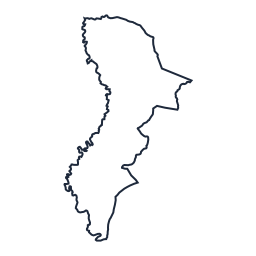 the district of San Marcial Ozolotepec, Oaxaca, Mexico
{"feature_id": "50627088B61246931399510", "entity_name": "San Marcial Ozolotepec", "entity_type": "district", "adm_level": 2, "iso_a3": "MEX", "parent_name": "Mexico", "parent_adm1": "Oaxaca", "projection": "orthographic", "projection_center": [-96.411, 16.032], "detail": "fine", "context": "isolated", "style": "outline", "palette": "slate", "viewbox_px": 256, "rotation_deg": 0, "n_neighbors": 0, "source": "geoboundaries", "source_scale": "gbopen_adm2", "svg_char_len": 5651}
<svg xmlns="http://www.w3.org/2000/svg" viewBox="0 0 256 256"><path d="M84.6,18.4L85.1,20.0L83.8,22.2L83.1,23.0L83.1,23.4L83.6,24.1L85.2,24.3L84.9,25.2L84.3,26.1L82.9,26.5L82.4,27.0L82.3,27.9L82.3,29.1L83.0,29.5L83.9,29.7L85.0,30.2L85.3,31.2L84.9,32.3L83.2,34.1L82.8,35.0L83.0,36.0L83.4,36.6L84.7,37.4L84.8,38.3L84.6,39.2L83.5,40.0L83.2,40.6L83.1,42.2L83.9,42.6L84.4,41.8L85.4,41.6L86.8,41.8L86.8,42.8L86.1,44.1L85.4,45.0L84.7,45.6L84.7,46.2L85.4,46.9L85.8,47.6L85.9,48.7L85.5,50.4L86.3,52.1L86.5,52.9L87.2,53.9L87.9,54.7L88.9,55.2L89.4,56.1L89.7,57.3L89.4,58.5L88.1,58.9L86.8,60.3L86.9,61.1L87.3,61.8L87.7,63.4L88.7,63.0L89.7,61.5L91.5,60.2L91.7,61.1L93.2,61.5L94.0,62.3L96.4,64.0L97.0,65.1L97.4,66.2L97.5,67.3L97.2,68.1L96.6,68.4L96.1,70.6L96.2,71.8L96.9,72.6L98.0,73.1L99.2,74.0L100.2,75.1L99.7,76.0L99.5,76.8L99.3,77.2L99.2,79.4L99.5,80.3L100.9,82.0L100.5,83.3L101.0,83.7L102.1,84.4L103.2,84.6L104.1,85.1L105.2,85.3L105.8,85.5L107.2,86.7L106.1,87.5L105.7,88.6L106.4,89.2L108.2,89.2L109.7,89.3L109.4,91.1L110.3,92.1L110.4,92.8L110.1,93.8L109.8,94.1L107.9,94.4L107.1,94.0L106.1,94.7L105.9,95.4L106.9,95.9L106.9,97.7L106.8,99.2L108.7,100.2L107.8,103.5L107.2,104.1L106.5,105.8L107.7,106.4L107.1,107.8L106.9,109.2L108.3,109.9L108.5,111.1L107.2,112.3L104.5,114.2L104.8,115.0L105.4,115.8L104.5,116.6L104.4,119.2L102.7,119.3L102.3,119.6L102.1,120.8L101.9,125.0L100.9,125.4L100.6,126.2L99.7,126.6L99.3,127.2L99.0,128.3L98.7,128.7L99.2,129.8L98.7,130.4L98.9,131.5L98.6,132.5L98.3,133.0L97.5,132.9L95.3,133.0L94.0,133.9L93.3,133.9L92.4,134.4L92.0,135.2L92.3,135.9L91.9,136.8L91.1,137.3L90.2,138.3L90.0,138.9L90.0,139.5L91.2,141.9L92.2,143.0L92.6,143.9L92.7,144.6L92.1,145.1L91.2,144.6L90.6,144.6L90.1,145.3L89.2,143.7L88.6,143.3L87.5,141.5L86.6,141.5L86.0,142.2L86.2,143.2L87.2,145.1L87.7,147.0L87.3,148.1L86.5,148.3L85.0,148.3L84.3,148.9L86.6,150.8L86.2,151.1L84.4,151.0L83.9,150.1L83.1,149.7L82.0,149.8L80.6,147.6L79.8,146.8L79.0,147.0L78.4,147.5L77.9,148.1L77.9,148.6L78.5,149.1L79.0,149.7L79.2,150.3L79.1,151.2L79.3,152.3L79.8,152.7L80.9,152.6L81.7,152.4L82.4,153.3L82.6,154.1L82.2,155.4L81.4,156.9L80.4,156.5L79.2,156.7L78.9,157.5L79.3,158.9L78.3,159.5L77.7,160.1L77.7,160.9L78.0,161.9L78.0,164.2L77.7,164.8L75.6,164.9L73.5,164.8L72.2,164.4L71.5,164.5L71.3,165.3L70.7,165.9L69.8,166.9L70.8,167.9L71.0,168.7L70.9,169.7L69.4,171.1L70.6,172.7L71.2,173.7L70.7,174.5L69.2,175.0L68.8,174.4L68.2,174.1L67.6,174.1L67.0,174.4L67.0,174.9L68.3,176.4L68.4,177.0L67.8,177.3L66.8,176.8L66.3,176.9L66.0,177.7L66.2,178.2L67.0,178.9L67.5,179.6L67.7,180.5L68.0,181.0L68.5,182.6L68.5,183.6L67.3,183.9L66.3,184.0L64.7,184.0L64.5,184.7L65.2,185.9L65.4,186.8L65.7,187.6L65.7,189.2L66.4,190.1L67.9,191.0L68.7,191.1L69.3,190.9L69.4,190.0L69.1,188.2L69.3,187.2L69.6,186.3L70.5,186.3L70.9,186.7L71.0,188.8L71.2,190.0L72.4,191.2L72.7,192.3L72.5,192.7L72.1,193.1L72.5,195.3L73.4,195.5L75.1,194.8L76.3,195.5L76.7,196.9L76.8,197.7L76.5,198.9L76.5,200.1L77.5,202.3L77.3,203.2L76.9,204.2L76.0,206.8L75.8,208.1L77.3,209.9L77.9,211.4L79.2,212.2L80.5,212.4L82.4,212.0L83.0,212.0L83.9,211.7L84.6,211.4L85.8,210.5L86.5,210.5L87.4,211.2L88.2,213.7L88.8,214.5L89.0,215.7L88.8,216.4L88.7,218.5L89.1,220.0L90.0,222.5L89.9,224.2L89.4,224.8L88.3,224.8L87.8,225.2L87.9,226.5L87.6,227.7L87.0,228.5L86.9,229.5L87.2,230.2L87.9,230.5L89.1,230.8L89.0,232.2L91.5,234.6L92.3,235.0L93.5,235.4L94.9,235.0L97.8,233.9L99.6,233.8L100.2,234.1L100.5,234.4L100.8,235.0L100.3,235.9L99.1,236.4L98.1,236.8L96.1,238.9L95.8,239.4L95.8,239.9L96.8,240.6L99.3,240.6L100.7,240.6L103.5,239.4L104.4,239.2L106.2,239.1L106.3,238.5L107.2,237.2L107.2,235.2L107.4,235.0L107.6,234.2L107.7,231.7L108.1,229.4L108.0,227.6L108.2,224.5L109.0,221.3L109.7,219.3L110.7,217.8L113.3,212.5L113.8,209.2L114.9,204.8L115.7,200.2L115.5,196.8L117.5,194.9L119.3,192.6L124.3,188.7L127.4,186.9L130.3,185.4L134.0,183.8L137.7,182.6L135.8,179.9L131.2,175.4L127.3,168.8L124.9,168.7L122.0,167.8L122.0,167.2L123.1,165.6L124.4,165.0L128.4,165.2L129.1,164.9L131.3,164.5L131.8,164.3L132.5,163.8L133.7,162.7L134.3,161.6L134.8,160.5L134.9,159.3L135.9,157.0L135.9,155.8L136.4,154.8L139.1,154.5L139.9,154.2L140.5,153.8L140.8,153.2L141.1,151.6L141.6,151.2L142.5,150.1L144.0,148.8L146.2,148.3L146.6,147.7L146.6,146.8L146.4,145.8L147.0,145.2L147.4,144.2L147.8,142.7L148.3,139.5L148.1,137.2L147.6,136.6L146.9,136.4L145.4,136.6L144.2,136.1L142.3,134.6L141.1,133.5L139.9,131.5L137.7,128.6L137.9,128.1L138.8,127.8L142.1,125.6L143.3,123.8L144.4,123.1L146.6,122.3L148.4,120.3L149.1,120.1L150.1,118.2L150.6,117.6L150.9,117.0L152.7,114.5L152.9,113.9L153.0,112.5L153.2,110.4L153.2,108.5L157.0,105.9L165.0,107.7L177.4,109.7L178.2,107.9L178.0,106.6L178.2,105.4L176.9,101.2L177.0,100.2L177.3,99.6L176.9,98.3L176.1,97.7L175.7,96.8L175.9,95.7L175.5,94.1L175.7,92.8L176.3,92.0L177.3,91.3L177.5,90.3L179.2,89.2L179.7,88.6L179.8,87.3L180.3,85.7L181.3,84.5L182.3,84.0L183.5,83.8L184.0,84.1L185.1,83.9L186.2,83.3L186.6,82.9L187.1,82.0L188.1,81.8L190.0,82.3L191.5,80.5L161.9,68.5L157.4,56.3L157.8,55.0L157.6,54.4L156.3,52.9L155.4,52.0L154.5,50.8L154.5,49.7L153.3,44.4L153.2,42.7L153.1,39.7L153.5,38.4L153.4,37.5L153.0,37.1L150.3,36.3L149.0,35.4L147.9,35.0L146.8,34.1L145.6,33.0L144.4,30.7L142.0,27.8L140.4,25.6L139.5,25.1L138.2,24.8L136.3,24.0L134.9,23.1L133.8,22.7L132.9,22.1L129.9,21.6L127.9,20.9L126.2,19.8L121.7,18.4L120.8,18.2L118.6,17.4L117.0,17.1L112.4,18.1L110.5,18.2L108.4,17.5L108.0,17.1L107.4,16.0L107.0,15.5L106.2,15.4L105.4,15.8L105.1,16.2L104.5,16.8L103.7,17.0L102.5,16.5L101.5,17.0L101.3,18.1L100.8,19.0L97.8,18.5L96.4,18.4L95.5,19.4L94.5,19.5L91.5,18.3L90.2,18.5L89.2,18.9L88.4,18.4L87.5,18.2L84.8,18.5L84.6,18.4Z" fill="none" stroke="#1e293b" stroke-width="2"/></svg>